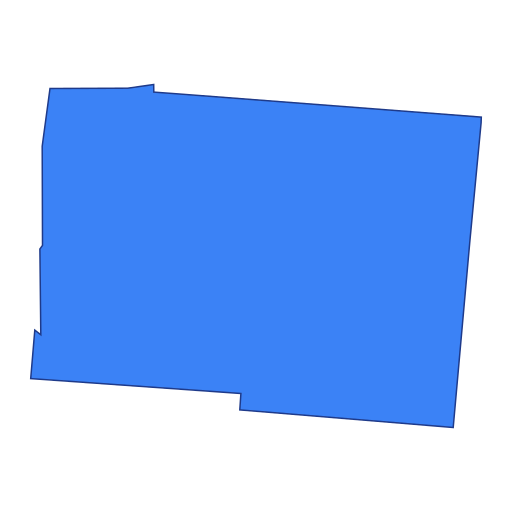 Logan, Ohio, United States of America
{"feature_id": "52423323B19570537341993", "entity_name": "Logan", "entity_type": "district", "adm_level": 2, "iso_a3": "USA", "parent_name": "United States of America", "parent_adm1": "Ohio", "projection": "robinson", "projection_center": [-83.821, 40.384], "detail": "fine", "context": "isolated", "style": "filled", "palette": "blue", "viewbox_px": 512, "rotation_deg": 0, "n_neighbors": 0, "source": "geoboundaries", "source_scale": "gbopen_adm2", "svg_char_len": 336}
<svg xmlns="http://www.w3.org/2000/svg" viewBox="0 0 512 512"><path d="M481.1,122.9L481.3,117.1L175.5,93.7L153.8,92.1L153.7,84.5L127.7,88.2L50.0,88.5L42.2,146.2L42.5,245.4L39.9,249.0L40.8,334.8L34.8,330.1L30.7,378.6L240.9,393.5L239.8,409.9L453.2,427.5L469.8,241.9L481.1,122.9Z" fill="#3b82f6" stroke="#1e3a8a" stroke-width="1.5"/></svg>